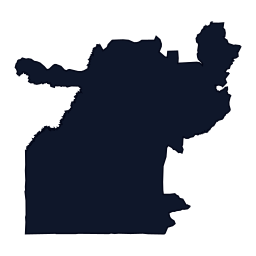 Kisarawe, Pwani, United Republic of Tanzania (Albers equal-area conic projection)
{"feature_id": "72390352B52983476562666", "entity_name": "Kisarawe", "entity_type": "district", "adm_level": 2, "iso_a3": "TZA", "parent_name": "United Republic of Tanzania", "parent_adm1": "Pwani", "projection": "albers", "projection_center": [38.786, -7.182], "detail": "fine", "context": "isolated", "style": "filled", "palette": "ink", "viewbox_px": 256, "rotation_deg": 0, "n_neighbors": 0, "source": "geoboundaries", "source_scale": "gbopen_adm2", "svg_char_len": 5590}
<svg xmlns="http://www.w3.org/2000/svg" viewBox="0 0 256 256"><path d="M239.8,45.8L235.2,45.2L233.2,45.8L233.1,45.3L228.1,43.6L226.8,40.1L225.2,39.3L224.2,38.0L223.5,36.8L224.7,36.3L225.1,32.9L224.5,29.7L222.8,28.1L223.5,23.0L218.6,23.4L211.7,23.3L211.1,23.1L211.8,22.2L211.3,22.2L210.7,23.0L211.1,23.3L209.1,26.5L208.6,26.5L208.6,26.0L207.0,26.7L206.1,26.0L206.1,26.7L204.8,26.4L204.1,27.0L204.5,28.5L203.8,28.3L203.7,29.3L202.9,29.2L202.0,30.2L201.1,32.5L199.9,33.9L197.6,35.1L197.6,36.4L196.3,38.4L196.8,42.0L197.9,42.5L198.8,44.7L197.9,50.5L198.4,52.5L197.4,54.0L197.8,57.1L198.5,59.1L201.8,62.3L202.6,64.0L202.4,65.4L199.5,62.9L196.8,62.4L177.7,63.4L178.0,58.1L177.5,51.2L167.9,51.5L167.4,57.3L165.0,57.2L158.9,51.9L161.1,46.5L161.2,43.9L159.8,39.7L156.2,36.5L154.6,40.4L141.8,40.5L139.3,42.1L137.0,42.8L134.0,42.9L128.6,40.5L123.1,40.0L112.7,40.4L112.5,40.9L112.1,40.6L111.7,41.0L108.5,44.4L108.2,44.9L108.7,45.0L107.0,47.7L103.0,50.7L99.9,45.2L99.6,46.1L98.9,45.9L98.9,45.2L98.2,45.3L98.1,44.8L97.0,44.8L96.8,46.9L96.1,47.1L95.4,48.4L94.6,47.9L93.6,48.5L93.9,49.0L93.0,50.3L93.6,51.3L92.2,52.6L93.3,54.1L93.1,55.4L92.0,55.0L92.0,54.5L91.2,54.9L91.4,55.5L90.2,57.2L90.6,58.5L90.1,58.3L89.1,59.3L90.3,59.4L89.4,60.4L89.9,61.4L89.1,62.9L89.5,64.3L88.1,64.5L87.7,65.1L88.4,65.1L89.1,66.6L88.5,67.3L88.5,67.1L88.3,66.7L88.1,68.7L84.2,70.9L81.4,71.8L77.9,71.7L69.6,69.7L68.3,69.9L66.4,71.0L64.2,70.1L60.9,66.5L56.1,64.7L54.7,64.7L53.4,65.4L49.3,69.3L46.8,69.8L44.1,66.7L40.0,63.2L37.0,62.0L34.0,61.5L31.1,59.4L28.3,58.9L26.0,59.3L22.3,58.2L20.7,59.8L18.7,60.1L17.9,60.7L17.2,62.9L16.3,63.9L15.4,67.5L16.5,68.7L17.5,71.1L17.5,72.5L16.9,73.3L17.8,74.5L18.4,74.3L19.0,75.3L19.3,74.8L19.7,75.2L20.2,74.3L22.2,73.4L22.3,72.3L23.1,71.9L23.8,71.7L24.5,73.3L25.3,73.4L25.7,72.6L26.8,73.3L27.2,73.6L26.8,74.5L28.8,75.0L29.4,76.1L28.5,78.4L29.7,79.4L28.7,81.4L30.8,82.7L34.0,82.4L34.3,83.6L36.8,84.1L40.2,83.4L41.4,82.3L42.4,83.5L43.2,83.5L43.9,82.7L44.9,82.8L47.2,82.0L47.7,83.2L48.8,83.5L50.0,83.2L50.2,84.0L51.4,84.7L50.8,85.3L51.0,86.2L54.3,87.2L54.9,85.6L55.5,85.2L56.9,85.7L59.7,85.5L61.3,86.2L62.7,85.6L63.9,86.0L65.5,85.7L67.2,86.8L71.3,85.7L78.7,85.9L79.7,87.1L80.5,87.2L81.4,89.1L80.1,90.0L81.1,91.9L80.4,91.5L80.4,92.4L79.6,92.5L78.5,91.9L78.6,93.1L77.1,93.1L76.5,93.6L77.2,95.2L76.7,96.4L76.0,95.7L74.8,96.5L74.6,96.8L76.1,98.1L75.4,99.5L74.5,99.7L74.2,101.3L74.9,101.8L74.9,102.5L74.5,102.7L73.8,101.9L71.9,102.3L71.9,103.5L71.3,104.1L71.8,105.3L71.1,105.6L71.9,107.5L71.7,108.2L70.7,108.4L70.2,110.2L69.5,110.0L68.7,111.6L68.6,110.8L68.2,111.2L67.6,110.9L65.4,111.3L65.9,112.1L65.7,113.0L64.6,113.7L64.8,115.7L64.5,116.0L64.3,115.0L64.0,115.1L63.8,115.8L64.3,116.7L62.9,116.9L63.8,117.7L63.3,119.0L62.4,119.0L62.6,119.8L61.4,119.7L60.5,120.8L61.1,121.3L60.5,122.3L61.2,122.3L60.9,123.0L61.7,123.5L61.8,124.1L61.2,123.9L60.9,124.6L59.6,124.7L60.3,125.7L58.9,127.9L57.6,127.6L58.0,128.4L57.0,129.5L56.4,128.7L55.2,129.4L54.4,128.3L54.3,129.9L52.9,129.7L52.9,128.7L51.2,128.6L50.6,130.5L50.1,130.3L50.0,129.4L49.5,129.9L49.0,129.6L49.9,128.6L49.8,128.1L49.0,128.6L48.3,128.2L49.2,127.2L49.0,126.7L47.1,127.6L46.6,126.5L45.3,126.8L46.2,127.6L44.7,127.3L44.8,128.7L43.5,128.5L44.0,129.5L42.6,129.5L43.3,130.5L42.1,130.4L42.4,131.6L41.5,131.5L40.5,133.0L39.3,131.7L38.4,132.8L38.8,133.7L37.6,133.2L37.4,133.5L38.0,134.4L37.4,134.6L37.5,135.8L37.2,136.1L36.8,136.3L36.0,135.0L34.9,135.5L36.2,136.6L34.7,137.5L34.7,139.0L33.5,138.9L34.2,139.7L34.0,140.0L33.2,139.5L33.8,140.8L33.0,140.6L32.9,141.4L32.3,141.2L31.5,141.6L32.0,142.7L30.6,142.9L30.9,144.3L29.7,144.1L30.2,145.4L28.3,145.7L28.5,146.9L27.2,146.9L27.6,148.3L26.9,148.3L27.2,149.4L26.7,150.6L25.7,150.5L25.9,164.8L25.6,170.5L26.0,180.4L25.6,186.9L25.8,190.2L25.2,191.5L26.2,200.6L26.3,215.0L25.8,217.2L26.1,222.1L25.6,233.7L56.0,233.1L56.2,233.4L75.6,233.4L78.3,233.1L108.9,233.4L111.0,232.9L114.6,233.3L118.6,233.0L130.5,233.3L142.7,233.0L148.1,233.5L164.1,233.8L165.0,233.1L167.5,227.1L172.6,225.5L174.9,223.6L173.9,221.0L171.3,219.3L169.7,217.4L168.8,214.1L168.9,212.8L172.5,211.2L174.6,211.2L176.7,210.4L180.4,210.0L182.2,209.0L184.3,209.1L187.6,208.6L189.8,206.6L189.7,206.1L188.0,205.6L187.6,205.1L186.5,205.2L185.8,204.7L182.7,199.3L179.4,198.5L178.1,196.1L176.4,195.4L174.8,193.9L169.8,194.5L163.4,194.5L163.1,194.2L162.6,190.3L162.4,182.0L162.9,166.0L165.8,156.8L166.5,147.6L168.1,145.4L168.7,145.5L172.2,147.5L173.6,149.3L174.4,149.2L176.1,150.1L178.6,152.4L180.3,152.1L181.9,152.9L182.9,149.5L181.6,146.3L182.4,144.8L182.7,139.0L183.3,136.8L186.0,138.2L188.2,138.2L190.2,137.1L193.1,136.5L195.2,133.9L196.0,134.3L197.8,133.8L197.7,134.6L198.5,134.5L199.3,133.7L200.7,133.8L201.5,132.9L202.0,133.3L202.3,132.6L202.5,133.0L203.9,132.7L204.4,131.9L205.1,132.0L205.0,131.5L205.8,132.1L206.4,131.7L206.7,132.0L207.9,130.3L208.0,130.8L208.3,130.2L209.6,129.6L210.5,127.9L212.1,126.2L213.6,125.6L216.4,120.9L217.4,121.1L218.1,120.2L222.2,119.0L223.4,117.6L223.4,116.7L225.2,114.9L225.6,113.6L227.5,112.8L229.7,110.6L230.0,109.4L228.8,105.1L228.7,102.2L229.8,97.3L230.6,95.8L229.8,95.0L227.6,94.2L227.1,92.3L226.5,91.7L227.4,89.5L227.3,87.2L225.2,87.6L224.6,89.0L223.4,89.2L222.6,90.3L221.4,90.4L219.4,92.2L218.5,91.2L217.2,91.3L215.6,88.6L215.4,87.5L215.9,86.9L215.1,85.7L215.3,85.1L216.6,85.3L218.8,84.8L221.7,85.6L222.6,86.5L226.4,82.6L224.8,78.9L228.9,73.5L228.1,72.8L226.7,73.2L225.0,71.7L226.8,69.0L229.3,68.2L230.1,65.2L232.2,63.4L231.9,62.4L232.4,60.3L234.1,61.2L232.5,59.1L232.5,58.4L235.9,57.8L238.0,56.3L237.4,51.6L238.2,51.7L240.6,46.9L240.1,46.8L239.8,45.8Z" fill="#0f172a" stroke="#020617" stroke-width="1.5"/></svg>